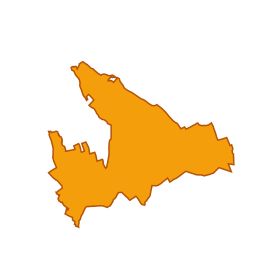 Carastelec, Salaj, Romania (Natural Earth projection), rotated 249°
{"feature_id": "2599482B43176721929294", "entity_name": "Carastelec", "entity_type": "district", "adm_level": 2, "iso_a3": "ROU", "parent_name": "Romania", "parent_adm1": "Salaj", "projection": "natural_earth1", "projection_center": [22.689, 47.305], "detail": "fine", "context": "isolated", "style": "filled", "palette": "amber", "viewbox_px": 256, "rotation_deg": 249, "n_neighbors": 0, "source": "geoboundaries", "source_scale": "gbopen_adm2", "svg_char_len": 5674}
<svg xmlns="http://www.w3.org/2000/svg" viewBox="0 0 256 256"><g transform="rotate(249 128 128)"><path d="M83.7,216.7L83.7,215.9L83.9,214.0L83.9,211.9L84.5,207.6L86.7,207.4L92.7,207.9L97.0,207.9L99.0,208.1L102.9,207.7L102.2,205.3L102.0,204.4L102.0,203.7L102.4,201.9L102.7,200.6L103.1,199.9L103.4,199.3L103.7,197.9L104.1,197.2L105.0,196.2L105.6,195.5L105.6,195.4L107.6,195.0L107.7,193.5L107.1,191.4L107.1,190.2L106.7,187.6L106.1,181.8L108.7,181.2L108.3,177.2L110.8,176.5L114.0,175.8L115.0,175.3L116.6,173.9L118.7,172.6L121.1,171.7L123.9,170.5L128.5,169.1L129.9,168.6L131.1,167.9L133.0,167.1L134.7,166.2L138.2,164.1L139.5,163.3L139.3,162.6L139.3,161.3L139.5,160.5L139.9,159.4L140.3,158.7L140.6,158.2L141.5,157.7L142.9,156.4L144.9,155.3L147.8,153.5L149.2,152.3L150.2,151.0L150.8,150.5L152.9,149.0L157.9,145.6L158.7,145.1L160.5,143.6L162.0,142.1L163.8,140.7L165.5,139.5L167.2,138.7L168.8,138.8L174.3,137.3L175.1,137.3L175.3,137.4L177.2,137.4L178.8,136.2L179.0,135.9L178.8,135.3L178.3,135.5L177.9,134.9L175.8,130.8L176.9,130.4L178.1,129.5L178.0,129.1L178.3,129.1L178.6,128.7L178.8,128.2L179.2,126.3L179.7,126.6L180.3,127.4L181.7,130.1L181.7,130.4L181.6,130.7L181.3,130.8L181.2,131.0L181.2,131.3L180.7,131.5L180.6,131.8L180.8,132.3L180.9,132.8L180.8,133.0L180.4,133.2L180.0,133.6L180.0,134.1L179.7,134.3L179.4,134.7L179.5,134.9L182.0,133.3L182.6,132.8L183.1,132.0L183.2,131.4L183.1,130.7L183.2,130.1L183.4,129.5L183.7,128.8L185.5,127.0L186.5,125.7L186.9,125.1L187.3,123.0L187.2,122.2L187.0,121.8L187.1,121.6L187.6,121.1L188.5,120.6L189.6,119.5L190.4,119.3L193.8,117.3L195.4,116.8L195.8,116.5L196.5,115.3L197.1,114.9L197.6,114.6L201.7,112.7L202.2,112.4L203.3,111.3L205.9,109.8L206.0,109.6L206.0,108.8L205.9,108.1L205.2,105.4L204.7,105.4L204.4,105.2L202.4,102.8L201.3,101.8L204.1,101.5L204.3,101.2L204.5,99.7L204.4,99.2L205.0,99.0L205.1,98.8L205.1,97.9L205.0,96.7L204.8,96.5L203.6,96.5L202.4,96.3L201.7,96.7L200.8,97.7L200.2,97.9L196.1,98.1L195.1,98.5L192.7,99.3L192.2,99.7L190.7,99.7L190.2,99.9L187.2,99.3L186.4,99.0L185.7,98.5L185.1,98.3L183.9,98.1L181.3,98.1L180.5,98.2L178.7,98.0L176.7,98.0L175.5,97.9L173.6,98.1L171.4,98.9L168.6,99.2L169.2,100.7L171.1,100.4L171.3,100.5L172.0,100.4L173.0,102.2L173.5,103.2L173.4,103.4L172.4,103.7L169.7,104.9L166.3,106.1L163.2,99.7L161.2,100.7L159.3,102.2L159.2,102.4L157.8,103.4L154.9,103.9L152.7,104.0L150.4,104.9L148.6,104.8L147.4,105.4L145.6,106.7L145.1,107.2L144.3,108.6L143.7,109.1L143.0,109.4L141.6,110.4L141.0,110.6L139.5,110.5L138.6,111.5L137.6,112.2L137.5,112.7L137.4,112.9L136.5,113.2L134.7,112.5L132.1,111.6L131.1,111.1L129.9,110.7L123.9,108.3L123.7,108.0L123.3,106.8L122.8,106.3L120.4,104.9L118.4,104.0L116.1,103.0L111.0,101.2L107.7,99.4L104.4,97.4L103.1,96.7L101.6,95.5L99.6,94.5L98.9,93.7L98.4,92.9L99.6,92.6L99.6,92.4L103.6,92.0L104.6,92.3L104.9,92.7L105.5,92.7L106.7,93.0L107.3,93.0L107.5,92.7L107.9,92.8L108.1,87.2L114.2,88.2L117.2,88.2L117.6,83.0L123.1,84.1L124.1,84.2L130.0,83.6L130.1,79.3L122.0,79.0L122.1,75.9L123.5,75.8L125.3,76.2L128.6,76.6L131.1,76.3L131.1,76.1L130.7,71.0L128.1,71.0L127.0,70.7L128.6,61.4L129.7,61.9L131.2,61.9L131.7,62.2L132.4,62.2L133.7,62.0L134.8,60.9L135.3,60.6L135.8,60.6L136.5,60.8L137.6,60.9L138.3,60.7L138.5,60.9L138.5,61.2L138.6,61.6L139.1,61.6L139.3,61.8L139.7,61.8L140.0,62.2L140.4,62.4L140.6,62.3L141.0,62.0L142.0,62.5L142.8,62.4L143.8,62.2L144.7,61.2L145.4,60.9L145.6,60.8L145.7,61.3L145.9,61.3L146.5,60.8L146.9,61.0L147.3,60.8L147.5,61.0L148.3,60.7L149.4,61.0L150.8,59.8L150.8,59.1L150.7,58.3L151.3,54.7L151.9,54.9L152.4,54.8L152.6,54.6L152.8,53.6L153.2,53.1L153.3,52.6L150.9,52.6L149.9,51.9L147.6,51.8L146.3,51.9L143.1,51.8L137.4,51.1L135.4,50.7L129.0,48.1L127.6,47.2L125.9,47.1L124.8,46.9L123.2,46.8L116.6,47.1L116.2,44.5L115.6,41.1L114.7,37.8L113.9,38.0L113.4,38.3L111.1,39.2L108.1,40.4L105.2,42.2L104.8,42.7L103.8,43.3L97.3,45.6L96.7,45.3L95.5,45.1L95.4,44.8L94.8,42.6L94.5,41.3L93.7,38.8L93.2,38.3L93.2,38.1L93.6,38.0L93.7,37.9L92.9,37.7L91.9,38.0L90.3,39.0L90.0,39.2L90.4,39.7L90.3,39.9L90.0,40.1L89.7,39.8L88.9,39.2L88.3,38.4L87.4,37.8L87.3,37.6L86.8,37.3L85.9,37.4L85.5,37.3L84.6,37.5L82.3,39.0L82.5,39.5L82.5,39.8L82.3,39.9L80.5,40.2L79.6,40.1L77.2,41.3L76.6,41.9L76.2,42.0L74.1,43.5L73.0,42.4L74.6,41.6L71.5,39.6L70.4,38.5L68.6,40.0L65.8,42.5L64.5,44.1L63.6,43.9L62.9,43.5L62.1,43.3L61.2,43.6L59.8,44.9L57.7,44.0L57.3,43.6L56.6,44.4L55.4,43.9L54.9,44.2L53.7,45.9L53.1,46.4L54.9,46.9L56.9,48.2L57.9,48.6L58.3,48.6L59.3,49.2L59.5,50.3L60.6,51.3L62.4,52.5L64.4,55.1L65.7,56.2L66.5,57.3L68.4,59.0L68.7,59.7L69.1,60.1L69.3,60.8L69.1,62.6L68.8,62.8L68.7,63.6L68.2,64.9L67.6,67.1L67.3,67.5L67.2,68.1L66.5,70.4L66.4,71.0L64.6,76.3L61.3,80.2L61.6,81.3L61.9,83.9L62.2,84.1L62.5,84.4L62.6,84.7L63.1,85.1L63.8,86.0L63.8,86.5L64.3,86.9L64.8,87.5L66.1,88.4L67.4,91.6L70.3,94.7L70.4,95.1L71.0,95.6L70.8,97.4L70.4,98.1L70.3,98.9L69.7,99.5L69.1,99.6L64.4,101.8L62.8,102.8L62.0,102.9L59.9,103.8L61.1,109.7L61.5,110.8L60.0,111.6L55.8,112.5L53.4,112.9L52.2,113.3L51.6,113.7L51.3,114.0L50.0,115.9L50.6,116.4L52.7,117.3L53.5,119.4L55.7,122.3L55.7,122.5L56.0,123.3L56.6,123.9L57.8,124.9L61.8,127.3L64.6,129.2L65.7,129.7L64.5,132.3L63.9,133.7L63.8,134.9L63.8,135.9L64.3,138.6L65.7,142.7L66.4,145.2L67.1,147.0L62.5,147.7L62.6,148.0L62.8,148.6L63.0,150.0L63.5,151.4L63.7,153.8L63.9,155.8L64.3,157.4L66.9,166.4L60.6,174.2L60.0,174.7L58.6,177.8L57.9,179.8L56.2,181.7L55.9,182.7L55.7,185.4L55.4,187.5L55.4,191.1L55.2,191.5L56.8,195.0L58.4,198.7L50.1,208.8L58.6,208.8L57.5,210.9L55.8,213.7L58.3,214.5L61.7,215.7L65.9,217.1L67.1,216.6L68.0,216.7L69.1,217.0L69.5,217.1L69.8,217.5L70.5,218.1L70.9,218.3L71.6,218.5L75.1,218.7L75.0,217.0L83.7,216.7Z" fill="#f59e0b" stroke="#b45309" stroke-width="1.5"/></g></svg>